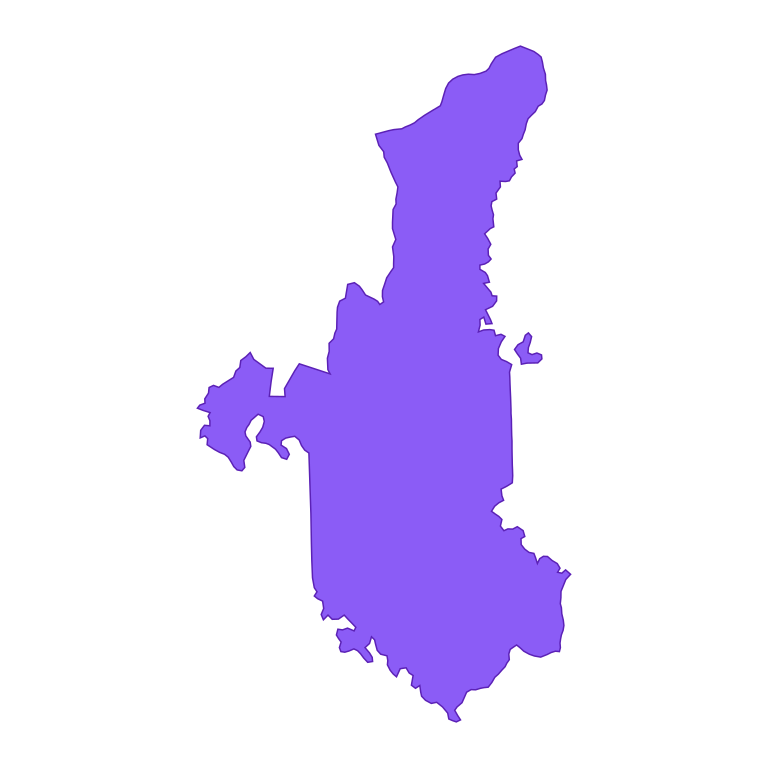 Ijuí, Rio Grande do Sul, Brazil (Mercator projection)
{"feature_id": "56859067B40890033083264", "entity_name": "Ijuí", "entity_type": "district", "adm_level": 2, "iso_a3": "BRA", "parent_name": "Brazil", "parent_adm1": "Rio Grande do Sul", "projection": "mercator", "projection_center": [-53.893, -28.297], "detail": "fine", "context": "isolated", "style": "filled", "palette": "violet", "viewbox_px": 768, "rotation_deg": 0, "n_neighbors": 0, "source": "geoboundaries", "source_scale": "gbopen_adm2", "svg_char_len": 5205}
<svg xmlns="http://www.w3.org/2000/svg" viewBox="0 0 768 768"><path d="M535.3,111.6L538.2,106.2L541.9,104.0L544.4,100.5L545.5,95.0L547.1,90.1L546.5,84.9L545.6,80.6L545.4,74.3L543.4,67.9L542.4,62.0L541.1,57.0L538.2,54.5L533.9,51.5L529.5,49.7L520.4,46.1L514.6,48.4L508.7,50.9L502.1,53.7L495.6,57.2L491.3,63.8L489.0,68.3L486.1,71.1L480.1,73.4L474.3,74.6L468.4,74.2L462.9,74.9L457.9,76.4L452.7,79.2L448.6,83.0L445.7,88.5L443.5,95.9L441.9,101.7L440.3,105.8L432.9,110.2L424.7,115.2L418.2,119.7L414.5,122.8L410.2,125.0L405.2,127.0L401.8,128.8L393.8,129.6L388.6,130.7L375.5,134.2L378.9,145.4L383.7,151.7L384.2,157.2L387.3,162.9L391.1,172.5L395.5,182.2L397.9,186.9L397.1,192.9L395.9,199.2L396.1,204.0L393.1,209.5L392.8,216.3L392.5,222.3L392.5,228.6L395.8,239.5L392.5,246.9L393.8,256.7L393.6,263.7L393.6,267.7L391.0,271.3L386.7,277.8L384.7,284.0L382.5,290.5L382.4,296.7L383.6,301.9L379.8,304.5L377.6,301.3L374.1,299.1L365.5,295.0L362.2,289.9L359.4,286.2L354.4,282.7L347.7,284.4L345.4,298.2L339.7,301.1L337.5,307.2L337.1,312.1L336.7,329.1L334.9,333.1L333.6,338.8L329.1,343.3L329.2,351.4L327.4,358.2L327.9,369.7L330.1,373.9L299.3,363.8L294.8,370.7L284.5,388.6L285.1,396.6L269.3,396.4L271.1,381.7L273.2,368.3L265.9,368.2L253.8,359.4L250.2,352.5L245.9,356.7L240.8,360.5L239.8,367.5L235.9,371.0L233.6,377.4L230.2,379.5L222.6,384.3L218.9,387.4L213.5,385.4L209.1,387.5L208.5,393.1L204.8,398.8L205.0,403.2L199.8,405.1L197.4,408.2L203.1,410.4L210.1,412.6L208.1,416.3L209.9,420.7L209.9,425.8L204.5,425.3L200.7,430.3L200.2,437.9L204.9,435.9L207.7,438.6L207.1,444.7L214.4,449.5L219.5,452.3L224.6,454.3L228.2,457.2L231.1,461.8L233.8,466.6L237.1,469.9L241.9,470.8L244.8,467.4L243.8,460.4L248.1,451.7L250.8,446.4L250.2,442.1L245.8,435.9L245.0,431.9L246.8,427.5L249.0,424.5L251.1,420.3L258.1,414.2L263.2,416.6L264.3,421.4L262.7,427.3L260.0,431.9L256.4,436.8L257.0,440.9L261.4,442.7L266.0,443.3L269.3,444.6L275.5,449.2L278.2,452.6L281.5,457.6L286.7,459.3L289.3,454.3L286.5,448.6L281.1,445.1L281.5,440.7L285.7,438.1L290.5,437.0L294.8,436.3L299.2,440.0L301.5,445.5L304.7,450.1L308.9,453.0L310.6,504.8L310.9,513.3L311.4,542.9L311.8,559.8L312.5,577.8L314.3,587.7L317.0,591.8L314.3,596.0L317.6,598.7L322.6,601.1L323.7,608.5L321.2,614.5L323.4,619.8L328.0,615.1L332.2,619.3L338.4,619.1L344.2,615.1L348.1,619.3L352.5,623.8L355.8,627.3L354.1,630.9L347.5,628.1L342.5,629.9L337.9,629.2L336.4,635.0L338.6,638.6L341.1,642.0L339.4,647.6L340.9,651.6L344.8,652.2L349.0,651.0L353.9,648.9L357.6,650.7L360.6,653.8L363.7,658.0L367.7,662.3L372.6,661.5L372.2,657.3L369.5,652.9L365.0,647.6L369.5,643.5L371.5,636.8L374.6,639.8L375.5,643.9L377.2,650.3L380.7,654.2L387.0,655.8L387.8,660.6L387.4,664.8L390.2,670.3L393.2,674.0L396.5,676.8L400.2,668.7L406.1,667.8L409.2,673.0L413.1,675.5L411.4,685.2L415.5,688.3L419.8,685.5L420.7,692.0L421.6,696.2L425.5,700.3L431.3,703.4L436.7,702.3L442.5,706.9L447.7,713.1L448.8,719.0L452.5,720.6L456.3,721.9L460.5,719.9L457.7,715.6L454.7,710.3L457.1,706.9L462.0,702.7L464.3,697.5L466.6,692.2L471.1,689.6L475.6,689.8L480.5,688.3L484.1,687.6L488.2,687.2L491.9,682.4L494.8,677.3L498.3,674.2L501.7,670.3L505.1,666.7L506.8,663.2L509.3,659.7L508.8,654.0L510.2,649.4L513.3,647.2L516.6,645.0L519.9,647.6L523.8,651.2L529.3,654.2L534.4,656.0L540.7,657.1L547.2,654.5L551.2,652.5L555.4,651.2L559.4,651.6L560.4,647.6L560.0,643.1L560.6,638.9L561.4,634.9L563.1,630.3L563.9,625.5L563.3,620.2L561.8,613.8L561.4,607.7L560.3,603.7L560.9,597.7L561.0,591.4L563.3,585.7L565.8,579.5L570.6,574.3L565.6,569.9L561.8,573.2L557.6,572.3L560.0,568.2L557.3,563.6L552.1,560.5L547.5,556.5L543.4,556.3L539.7,558.7L537.4,563.5L535.5,557.6L533.9,553.4L529.0,552.4L524.7,549.1L521.2,544.6L521.0,538.6L524.8,536.5L523.1,530.6L517.3,526.7L512.7,529.1L507.9,528.9L503.9,530.7L500.4,526.1L501.9,519.5L498.8,516.4L495.2,514.0L491.5,511.3L494.6,506.3L498.8,502.8L503.6,500.3L501.9,495.8L501.1,489.1L506.8,486.2L512.3,482.8L512.7,475.8L512.5,469.4L512.3,464.9L512.2,459.6L512.1,455.4L512.0,448.6L512.0,441.1L511.7,435.5L511.5,426.9L511.4,419.2L511.0,413.5L511.0,409.5L510.8,403.6L510.6,397.5L510.4,393.1L510.2,388.7L510.0,383.9L509.8,377.1L509.5,372.1L511.7,364.6L506.6,361.6L501.3,359.4L498.1,355.2L498.4,348.6L501.3,341.8L505.0,336.4L501.0,334.3L495.5,335.7L494.0,330.2L489.8,329.6L483.6,330.0L478.4,331.9L480.1,325.2L479.9,319.5L483.8,317.1L485.9,324.1L492.0,323.6L490.5,319.7L485.5,309.7L492.6,306.3L496.6,300.9L496.7,296.1L492.1,295.8L490.9,292.1L483.6,283.4L489.4,282.2L487.5,275.7L485.3,272.5L479.9,269.3L479.9,265.1L484.7,264.0L488.4,261.9L491.1,259.0L488.4,255.3L488.1,249.0L490.8,244.3L487.8,238.6L484.6,233.8L490.2,228.6L493.8,226.8L492.9,218.7L493.5,214.8L492.1,210.0L491.1,205.8L491.9,201.6L496.7,199.1L496.0,193.1L500.4,186.9L500.0,181.2L505.6,181.5L509.4,180.8L511.5,176.9L515.1,173.1L514.2,169.0L517.2,166.6L516.6,160.9L522.0,159.4L519.7,155.2L518.3,149.8L518.3,143.2L522.0,138.6L523.3,134.4L525.1,129.9L526.3,123.7L528.1,118.7L531.3,115.4L535.3,111.6ZM521.4,364.2L527.0,363.1L532.4,363.0L537.8,362.9L541.9,358.9L541.5,354.9L536.9,353.0L532.0,354.6L528.0,352.8L528.4,347.6L530.2,342.5L531.6,336.6L528.4,332.9L525.3,335.3L523.2,341.8L518.0,344.7L514.5,349.5L517.4,353.9L520.6,358.2L521.4,364.2Z" fill="#8b5cf6" stroke="#5b21b6" stroke-width="1.5"/></svg>